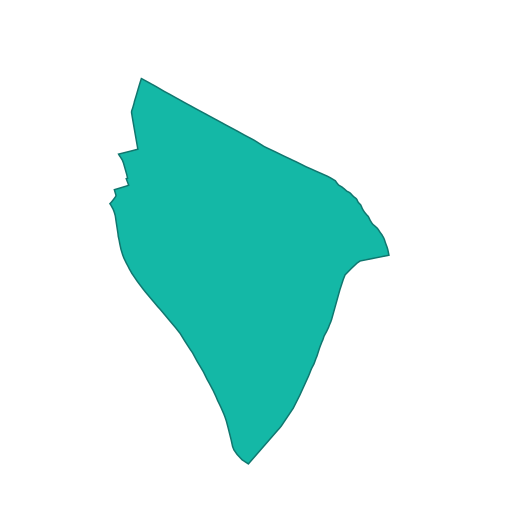 An Bien, Kiên Giang, Vietnam, rotated 166°
{"feature_id": "81297802B3825263519858", "entity_name": "An Bien", "entity_type": "district", "adm_level": 2, "iso_a3": "VNM", "parent_name": "Vietnam", "parent_adm1": "Kiên Giang", "projection": "equal_earth", "projection_center": [105.023, 9.827], "detail": "fine", "context": "isolated", "style": "filled", "palette": "teal", "viewbox_px": 512, "rotation_deg": 166, "n_neighbors": 0, "source": "geoboundaries", "source_scale": "gbopen_adm2", "svg_char_len": 3253}
<svg xmlns="http://www.w3.org/2000/svg" viewBox="0 0 512 512"><g transform="rotate(166 256 256)"><path d="M373.5,251.1L371.8,247.4L363.6,230.6L362.0,227.7L355.1,213.5L351.4,206.0L348.9,200.4L348.4,199.4L345.8,191.1L342.3,180.9L341.0,177.5L338.6,168.1L335.1,156.5L334.6,154.2L333.3,148.1L332.1,143.8L330.3,136.5L330.2,136.4L329.6,133.2L328.8,129.1L328.2,125.0L327.3,120.9L326.6,117.4L325.4,110.3L325.0,106.9L324.7,103.1L324.6,95.7L324.6,89.4L324.6,87.7L324.6,83.4L324.8,76.7L324.3,73.1L324.2,72.9L322.3,67.9L318.8,61.6L313.7,56.1L277.4,81.5L275.0,83.1L272.6,84.9L256.7,99.3L247.3,110.2L235.2,125.4L234.3,126.5L232.7,128.7L230.2,132.2L228.8,134.0L227.6,135.3L226.8,136.2L225.9,137.2L225.1,138.4L224.5,139.2L223.9,140.2L223.3,141.0L222.7,142.0L221.9,143.0L221.1,144.1L220.4,145.2L219.3,147.0L218.0,149.1L216.7,151.2L215.0,153.7L213.9,155.2L212.8,156.8L211.8,158.0L211.1,159.0L210.1,160.6L209.5,161.6L209.2,161.9L208.0,163.3L206.0,165.4L205.1,166.5L204.1,167.7L202.8,169.3L201.4,171.4L199.4,174.0L198.6,175.2L197.9,176.3L182.8,202.9L176.9,212.3L174.3,215.9L174.2,216.1L166.4,220.9L159.6,224.7L156.1,226.0L126.8,224.6L126.6,229.7L126.6,231.0L126.7,232.9L126.9,234.6L127.1,236.3L127.3,238.5L127.4,240.3L127.5,241.3L127.7,242.4L127.9,243.4L128.3,244.6L128.6,245.9L129.9,249.0L130.7,251.4L131.1,252.4L131.5,253.4L131.9,254.1L132.6,255.1L133.2,256.0L133.9,257.0L134.3,257.5L134.6,257.9L135.0,258.5L135.4,259.4L135.7,260.1L136.1,261.4L136.6,263.0L137.1,265.5L137.4,266.8L137.9,268.0L138.7,269.2L139.1,270.2L139.4,270.7L139.6,271.2L139.9,271.8L140.4,273.0L140.9,274.5L141.3,276.0L141.5,276.9L141.6,277.8L141.8,278.9L142.0,279.8L142.1,280.4L142.3,280.8L142.8,281.5L143.2,282.3L143.6,282.9L143.8,283.5L144.0,284.0L144.2,284.9L144.3,285.7L144.5,286.5L144.8,287.2L145.3,288.0L145.8,288.6L146.7,289.7L147.1,290.3L148.1,292.0L148.6,293.0L149.2,294.0L149.6,294.6L150.5,295.5L151.2,296.1L151.9,296.6L152.3,297.1L153.0,298.1L154.2,299.9L155.0,300.9L155.6,301.8L156.5,302.7L157.3,303.5L158.2,304.4L158.4,304.5L158.8,305.0L159.1,305.7L159.9,307.4L160.4,308.7L160.5,309.1L160.7,309.5L160.8,309.8L161.1,310.1L162.1,311.1L164.8,313.8L167.6,316.3L170.6,318.6L172.6,320.2L177.3,323.8L180.8,326.6L185.9,330.5L187.4,331.8L189.0,333.2L194.5,337.9L196.9,339.8L204.6,346.1L212.2,352.5L219.8,358.7L221.8,360.4L229.8,368.8L238.4,376.5L242.1,380.0L247.0,384.5L254.0,390.8L264.9,400.8L275.2,410.2L277.2,412.0L287.2,421.2L288.4,422.3L296.3,429.7L300.0,433.2L305.2,437.9L311.8,444.4L323.8,455.5L324.3,455.9L326.9,451.7L330.1,446.3L333.3,440.8L336.6,435.3L337.2,434.0L339.8,429.5L341.5,426.9L341.9,425.9L342.1,425.0L342.2,423.5L342.5,420.1L343.2,410.6L343.9,400.8L344.8,388.2L351.7,388.1L358.6,388.1L364.7,388.1L364.2,386.3L363.8,385.4L362.5,381.4L362.1,378.3L361.7,366.5L361.8,362.5L363.2,362.4L362.4,355.5L364.8,355.2L367.2,355.1L377.4,354.6L377.2,348.8L377.3,348.4L377.5,348.1L377.7,347.8L378.3,347.2L381.0,345.0L383.2,343.3L385.1,342.1L384.5,340.5L383.8,337.8L383.3,335.9L383.0,333.5L382.9,332.1L382.8,329.0L382.9,328.0L383.3,324.2L384.5,311.2L384.9,308.4L385.0,304.0L385.2,301.4L385.4,295.2L385.2,291.4L385.1,289.4L384.7,286.0L383.5,280.3L382.5,276.4L382.0,274.0L381.4,272.0L380.7,269.3L379.1,265.0L377.3,260.1L373.5,251.1Z" fill="#14b8a6" stroke="#0f766e" stroke-width="1.5"/></g></svg>